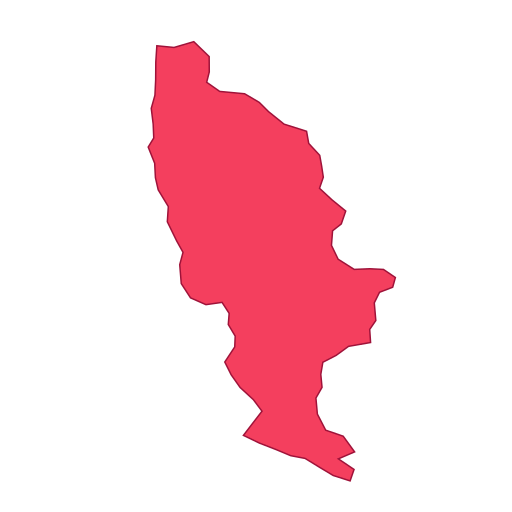 the district of Rio Grande da Serra, São Paulo, Brazil, rotated 109°
{"feature_id": "56859067B81841601254285", "entity_name": "Rio Grande da Serra", "entity_type": "district", "adm_level": 2, "iso_a3": "BRA", "parent_name": "Brazil", "parent_adm1": "São Paulo", "projection": "equal_earth", "projection_center": [-46.376, -23.738], "detail": "fine", "context": "isolated", "style": "filled", "palette": "rose", "viewbox_px": 512, "rotation_deg": 109, "n_neighbors": 0, "source": "geoboundaries", "source_scale": "gbopen_adm2", "svg_char_len": 1158}
<svg xmlns="http://www.w3.org/2000/svg" viewBox="0 0 512 512"><g transform="rotate(109 256 256)"><path d="M73.6,384.6L85.5,401.4L89.5,418.2L105.2,413.9L122.2,408.2L136.9,403.9L150.5,403.1L164.7,396.2L177.7,391.1L188.1,393.4L201.3,382.0L214.7,376.6L225.3,370.0L237.8,355.0L252.5,351.0L267.6,335.9L276.3,326.2L289.0,325.3L306.4,317.7L316.9,304.3L318.3,287.5L310.9,273.0L319.0,262.7L329.8,259.9L338.5,249.6L348.9,246.5L366.4,251.0L376.4,240.8L385.5,228.2L392.7,211.7L400.8,199.8L415.9,204.9L429.7,209.5L431.8,191.8L432.5,173.6L433.5,158.2L431.4,143.7L435.2,126.6L438.4,111.5L438.0,93.8L425.9,93.8L421.0,112.1L409.1,99.0L398.0,114.9L398.0,133.4L385.5,146.5L370.8,153.1L358.7,150.8L346.8,156.2L334.7,158.2L323.9,147.9L311.3,139.1L300.5,119.5L288.4,124.6L278.0,121.7L261.8,128.9L250.1,127.4L241.0,116.6L231.0,117.2L227.2,131.1L231.0,144.2L236.7,158.8L232.3,177.3L221.4,188.1L207.2,191.8L197.9,185.8L184.3,185.8L178.1,202.6L171.3,218.0L159.6,218.0L149.8,223.1L140.1,228.5L132.4,242.8L121.6,248.8L122.2,272.4L115.4,291.2L109.7,302.9L106.3,319.6L112.2,343.9L107.8,359.2L97.2,360.1L82.7,365.2L73.6,384.6Z" fill="#f43f5e" stroke="#9f1239" stroke-width="1.5"/></g></svg>